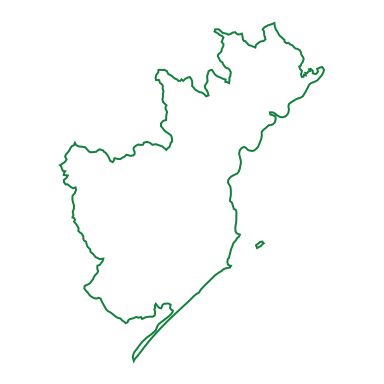 Cananéia, São Paulo, Brazil
{"feature_id": "56859067B70757280308936", "entity_name": "Cananéia", "entity_type": "district", "adm_level": 2, "iso_a3": "BRA", "parent_name": "Brazil", "parent_adm1": "São Paulo", "projection": "robinson", "projection_center": [-47.991, -25.035], "detail": "fine", "context": "isolated", "style": "outline", "palette": "green", "viewbox_px": 384, "rotation_deg": 0, "n_neighbors": 0, "source": "geoboundaries", "source_scale": "gbopen_adm2", "svg_char_len": 5863}
<svg xmlns="http://www.w3.org/2000/svg" viewBox="0 0 384 384"><path d="M60.0,165.2L61.3,166.6L61.9,168.7L62.9,170.9L65.2,171.3L64.2,172.6L63.8,175.0L67.8,175.5L66.3,178.1L63.9,179.9L64.0,182.2L65.7,184.5L67.4,184.2L69.3,185.7L70.6,186.9L73.1,188.3L75.5,187.4L76.1,189.6L74.8,193.2L72.5,195.8L72.4,199.0L72.7,201.2L73.9,205.2L74.0,208.3L72.7,211.8L73.4,215.0L72.5,217.5L74.0,218.0L75.0,219.7L74.1,221.7L76.4,224.3L78.6,228.1L78.3,230.9L80.0,232.5L81.4,233.4L83.3,236.2L83.3,238.8L84.0,240.5L86.0,241.7L86.9,245.3L87.8,247.1L90.1,249.2L90.6,252.1L92.7,253.5L95.6,257.1L97.5,257.9L99.4,259.0L101.5,258.9L103.3,258.6L102.6,261.2L101.3,262.7L99.9,264.8L97.4,265.7L97.3,268.9L98.1,271.2L97.2,273.1L95.6,274.7L94.3,276.4L93.0,279.1L90.1,283.1L88.6,284.1L84.6,286.0L84.4,288.5L85.8,290.5L87.7,292.5L89.8,295.4L91.1,296.5L93.7,298.0L96.4,298.6L98.6,297.8L100.6,298.6L101.7,301.3L106.2,309.5L107.9,311.1L110.8,312.6L115.7,316.6L117.8,317.8L120.4,318.5L121.9,320.2L124.5,322.0L125.7,323.2L127.6,322.2L128.4,320.1L129.8,319.1L133.2,318.3L134.9,317.5L136.7,317.0L138.4,317.8L141.0,317.0L142.1,319.0L145.5,317.3L148.4,316.8L150.5,316.6L152.3,316.8L154.6,315.6L155.2,311.8L154.3,309.6L155.1,307.7L154.9,305.6L155.8,303.8L157.2,305.7L159.3,307.9L161.2,308.3L162.6,304.8L164.0,303.8L167.1,303.5L168.9,303.7L170.6,304.7L170.0,307.9L171.1,309.5L172.9,310.6L172.4,312.3L170.9,314.3L169.3,315.9L158.6,324.2L157.5,325.9L155.7,330.4L151.2,334.4L147.0,337.4L141.8,342.3L139.6,345.2L137.8,347.7L134.7,351.6L133.9,353.1L133.1,355.3L132.8,357.7L133.9,361.0L134.7,359.1L137.6,355.9L141.2,351.3L143.9,347.6L149.0,341.2L153.3,336.2L160.8,328.0L167.1,321.5L178.4,310.8L189.7,300.3L193.9,296.1L196.8,293.7L198.6,292.9L199.8,291.3L200.6,289.8L201.7,288.6L206.4,283.8L215.4,275.0L219.4,272.2L221.5,271.1L223.2,269.4L225.5,268.4L230.0,267.5L231.0,265.9L229.5,265.5L227.8,264.4L227.4,261.9L227.7,259.2L228.9,258.0L230.8,250.3L231.5,248.1L232.5,245.8L233.3,243.3L235.9,240.3L237.3,237.9L239.1,236.6L239.9,234.6L237.8,233.9L236.4,233.0L235.5,231.2L235.3,228.2L235.6,225.2L236.1,223.1L236.3,220.7L236.4,211.7L235.8,209.8L233.8,208.9L232.0,202.7L230.1,201.2L230.1,199.1L230.9,194.9L230.8,189.3L230.3,186.5L229.0,184.4L228.0,182.6L228.2,180.2L229.4,178.3L231.1,176.6L233.2,175.4L237.1,173.6L238.8,171.5L239.7,169.1L241.0,162.2L240.5,159.3L239.7,156.3L239.1,153.3L239.8,150.4L241.0,148.6L242.7,147.4L244.4,147.0L245.9,147.9L247.2,149.2L248.6,150.3L252.3,151.0L254.0,150.6L255.4,149.6L258.0,147.0L260.0,142.2L261.4,138.2L261.8,135.8L261.7,131.9L263.6,129.6L265.2,128.5L268.7,125.3L271.2,124.9L273.1,124.2L274.8,122.4L275.7,119.5L275.4,116.5L273.1,115.3L270.3,114.5L269.9,112.4L272.1,112.3L273.6,112.7L275.3,113.8L276.7,115.0L280.2,117.1L283.0,117.2L284.8,116.7L286.6,115.4L287.8,113.9L288.5,112.3L288.9,109.2L288.4,106.3L289.0,104.0L291.3,102.2L295.6,99.5L298.6,98.2L300.8,97.6L302.9,96.2L305.6,91.7L307.4,88.3L309.2,84.6L310.9,83.2L315.2,81.5L317.4,80.3L320.8,76.5L322.0,74.9L323.4,72.1L324.0,69.8L322.2,67.0L320.0,67.6L317.1,68.9L318.0,71.6L316.7,73.6L315.2,74.0L312.8,73.3L312.8,70.9L310.7,68.9L309.0,69.3L310.0,71.1L308.4,71.5L307.0,73.2L305.3,72.9L305.8,75.3L303.9,74.8L303.5,76.8L301.8,76.9L301.0,74.5L301.9,70.9L299.9,68.7L299.2,66.5L300.6,65.8L301.4,63.8L302.7,62.1L303.7,59.1L303.1,57.3L301.3,54.4L300.9,52.5L299.9,50.3L297.7,49.0L295.2,48.4L294.0,47.2L292.3,45.2L290.3,44.6L288.4,42.8L286.5,43.3L284.5,41.7L284.4,39.8L282.8,38.6L281.1,36.8L279.5,35.6L276.7,30.6L275.7,29.1L274.7,25.9L274.4,23.0L270.5,24.6L268.3,25.2L265.3,26.8L263.9,27.8L262.7,29.3L264.0,31.4L264.2,34.9L265.5,39.1L264.0,40.8L261.0,41.4L259.4,42.2L257.7,43.5L256.0,45.0L255.3,47.5L250.8,45.6L248.7,45.1L245.3,41.1L243.7,40.8L242.8,39.1L242.6,36.6L241.8,33.6L239.7,34.4L237.2,34.3L235.1,32.2L232.6,32.6L230.5,34.0L228.4,34.6L226.5,33.7L222.7,32.9L218.8,29.3L215.2,29.3L214.5,31.5L216.4,32.5L218.0,33.5L219.4,34.8L222.3,36.1L223.4,37.4L221.6,42.0L223.5,44.0L223.3,46.2L221.9,48.8L221.4,51.3L220.1,52.9L218.4,54.1L217.8,55.9L219.2,58.9L220.5,61.2L222.3,62.3L223.3,64.5L225.6,67.6L228.4,68.6L229.6,69.8L230.8,72.2L230.3,76.1L229.3,78.1L229.5,80.1L229.0,83.1L227.1,82.1L225.4,81.9L225.6,79.5L223.2,78.9L221.1,77.8L218.0,76.6L216.4,75.7L214.9,74.4L212.0,69.9L210.5,70.1L208.6,71.2L207.9,74.0L207.1,75.9L207.5,81.4L206.1,83.9L204.7,85.9L205.4,88.7L206.7,90.1L207.9,92.8L208.5,95.4L206.1,96.3L204.3,94.2L201.5,92.4L199.4,92.1L195.1,89.6L193.4,87.3L192.1,86.0L192.3,83.6L192.1,81.0L191.1,78.7L189.7,77.0L187.0,77.9L185.2,78.9L183.2,80.9L181.5,79.4L180.3,80.8L178.4,80.9L177.3,79.6L175.0,78.6L170.7,75.2L168.3,74.0L167.0,71.3L164.6,69.9L162.1,70.0L160.1,69.8L158.5,69.9L158.2,72.4L156.3,74.9L155.6,77.5L156.1,80.0L159.1,80.1L159.9,82.8L162.2,84.6L162.9,86.3L162.6,88.3L163.5,91.7L162.9,93.5L162.9,97.1L162.4,99.3L163.2,102.2L166.5,105.3L165.5,107.1L165.7,109.1L167.1,112.1L166.5,114.3L166.2,116.8L166.1,120.1L164.6,120.4L163.1,121.0L161.0,123.4L161.0,126.3L162.3,127.7L164.6,130.8L168.8,133.7L171.1,135.5L172.0,138.5L172.0,141.5L170.6,143.1L170.1,145.4L169.2,147.2L167.6,148.3L166.4,149.9L162.3,146.4L155.9,144.2L152.4,144.8L149.9,142.8L147.2,142.0L145.5,142.2L144.0,142.6L142.9,144.8L140.3,144.9L138.4,144.5L136.5,145.4L135.1,146.4L133.7,147.6L133.6,149.8L134.7,152.0L134.5,154.3L133.2,155.4L130.2,155.9L128.5,155.2L126.4,154.8L124.2,156.9L122.1,157.8L120.4,159.1L118.1,159.0L116.3,158.5L114.5,158.2L113.7,160.9L112.7,162.2L110.1,160.7L109.0,157.8L107.5,155.2L105.6,152.7L104.0,151.8L103.1,150.4L101.3,150.0L99.7,149.3L98.0,150.3L96.2,151.8L92.6,152.2L90.5,152.2L89.0,151.6L86.0,148.1L84.8,147.1L78.7,146.4L76.3,145.2L74.9,142.8L73.9,145.2L71.8,146.2L70.5,148.0L69.4,150.3L67.8,152.5L65.8,154.6L65.1,156.7L66.6,159.3L65.6,161.1L63.9,162.8L61.5,164.2L60.0,165.2ZM259.0,246.9L260.9,246.1L262.3,244.3L263.7,243.3L262.2,241.5L259.8,242.1L258.2,243.7L256.0,245.2L257.1,248.1L259.0,246.9Z" fill="none" stroke="#15803d" stroke-width="2"/></svg>